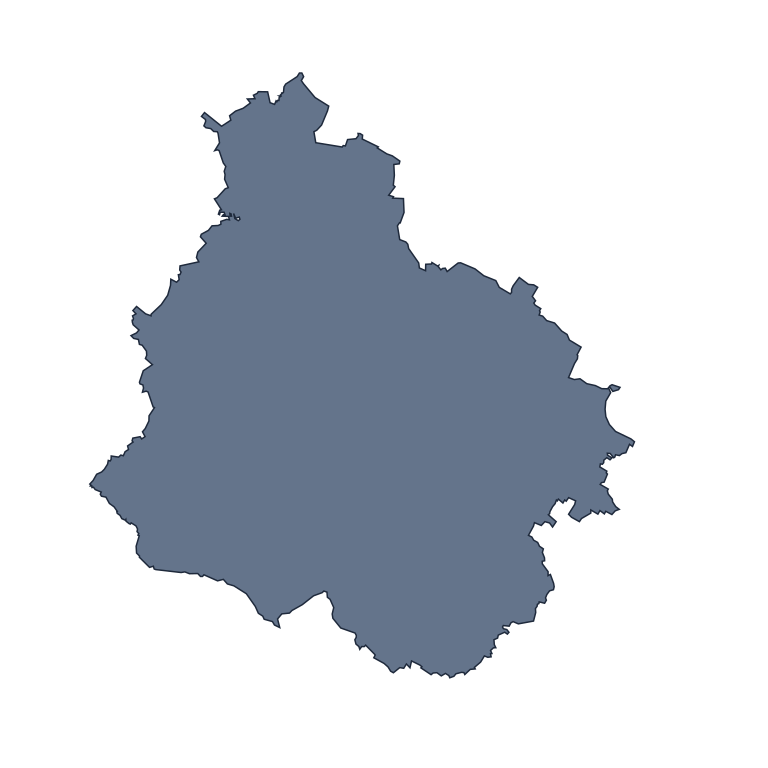 Ratoath Lea-7, Meath, Ireland (orthographic projection), rotated 17°
{"feature_id": "5873133B53714472852508", "entity_name": "Ratoath Lea-7", "entity_type": "district", "adm_level": 2, "iso_a3": "IRL", "parent_name": "Ireland", "parent_adm1": "Meath", "projection": "orthographic", "projection_center": [-6.561, 53.483], "detail": "fine", "context": "isolated", "style": "filled", "palette": "slate", "viewbox_px": 768, "rotation_deg": 17, "n_neighbors": 0, "source": "geoboundaries", "source_scale": "gbopen_adm2", "svg_char_len": 6172}
<svg xmlns="http://www.w3.org/2000/svg" viewBox="0 0 768 768"><g transform="rotate(17 384 384)"><path d="M200.8,135.0L201.4,136.1L200.5,137.8L201.3,138.6L199.6,139.2L200.8,139.5L200.0,140.7L200.6,143.6L199.3,143.9L199.0,145.4L198.0,144.8L197.6,148.6L192.8,148.3L187.3,138.6L178.3,141.2L177.8,143.1L174.7,146.0L177.2,148.9L170.0,151.4L174.1,154.3L168.7,161.5L162.3,166.4L157.9,172.6L160.4,176.5L153.3,185.0L133.0,176.9L131.2,181.5L136.0,183.3L136.7,185.2L136.3,189.8L138.8,191.0L143.6,190.4L147.3,192.3L150.8,191.5L152.0,192.8L156.2,201.5L153.9,210.3L156.1,208.8L158.1,209.0L165.7,219.6L169.1,222.2L169.0,227.3L170.8,230.3L171.7,234.8L177.7,241.8L175.1,243.7L169.9,254.7L167.7,256.5L177.6,264.9L176.1,265.8L176.0,270.0L177.2,270.2L177.1,267.6L180.9,266.5L182.6,268.8L180.9,269.0L180.2,270.8L186.3,269.2L188.2,272.2L185.5,272.5L180.4,276.2L181.3,278.9L179.1,280.9L173.3,283.0L171.2,288.4L165.5,294.2L165.4,296.9L172.8,301.4L167.4,312.2L167.7,317.9L171.2,321.3L154.4,330.7L155.3,334.7L157.2,336.3L156.9,339.0L155.4,339.6L157.6,344.1L155.9,347.3L149.5,346.1L151.0,352.1L151.2,362.4L147.8,373.2L140.9,385.4L141.3,386.9L135.5,386.6L124.7,382.2L122.4,387.2L126.3,389.4L123.6,392.4L125.2,394.5L125.4,396.0L124.5,396.6L125.3,398.5L126.8,400.7L133.9,404.0L132.4,407.5L127.9,411.7L131.3,413.6L136.1,413.2L138.5,417.6L141.4,417.6L147.2,422.0L148.7,425.9L148.4,429.4L156.9,433.2L149.9,441.7L149.6,453.8L150.6,455.2L153.7,455.4L155.2,458.1L155.4,462.5L158.6,460.4L160.7,460.6L169.9,473.4L171.4,473.7L168.6,483.1L170.0,488.1L168.7,496.4L167.0,500.3L170.9,504.2L168.3,507.4L166.2,505.7L159.6,509.2L159.7,512.0L161.0,512.9L156.9,518.2L158.8,521.3L156.2,524.4L155.7,528.8L153.1,528.9L151.6,531.5L144.2,532.6L145.1,536.0L144.6,537.7L142.7,537.7L143.1,541.5L141.5,547.3L139.7,550.7L135.6,554.3L134.0,561.4L131.9,565.7L133.1,566.2L133.0,567.4L134.3,566.8L135.0,568.4L136.4,567.7L138.7,569.4L145.2,570.0L144.9,572.3L146.6,573.9L151.2,573.5L156.3,578.5L161.8,580.4L166.2,583.8L165.8,584.2L166.7,585.7L170.0,586.8L172.6,589.4L176.4,589.9L176.7,589.0L177.4,590.6L181.2,592.1L182.4,592.1L182.8,590.7L188.3,592.2L190.7,594.7L191.0,597.4L193.2,598.7L192.9,600.5L194.3,600.7L194.4,611.6L196.8,618.0L200.5,620.0L200.7,621.2L213.4,627.9L216.7,625.7L218.3,628.1L220.0,628.2L245.1,623.6L248.5,621.9L253.4,622.3L261.3,619.7L264.8,621.7L266.7,621.1L267.6,619.1L282.4,620.9L287.5,617.8L292.7,621.0L299.4,620.9L313.7,624.8L326.0,634.4L330.9,640.0L335.9,641.4L338.2,644.0L346.8,643.8L349.7,646.5L355.5,647.4L350.9,639.8L353.5,633.7L360.6,630.7L362.2,627.5L370.4,618.9L378.6,607.1L385.9,601.6L387.0,599.6L390.3,599.7L392.2,604.5L395.4,605.7L401.3,612.5L401.7,619.1L403.6,623.0L414.0,630.0L429.1,630.6L431.0,632.5L431.5,634.4L430.9,637.1L433.2,640.9L436.7,642.4L438.4,644.8L439.4,641.6L441.9,640.9L442.8,639.1L454.2,645.3L454.8,645.8L454.3,648.8L465.8,651.2L470.6,653.4L474.3,656.7L477.4,657.4L482.0,650.6L486.0,650.1L487.3,645.2L491.8,647.8L491.3,640.8L500.5,642.3L502.9,643.3L502.3,644.7L514.0,648.2L515.5,646.0L519.0,644.6L524.1,646.4L527.4,642.8L531.3,643.9L532.8,645.7L536.3,643.1L537.5,640.1L542.4,637.1L544.8,636.6L546.2,638.2L549.9,631.7L554.5,629.8L553.3,628.6L557.7,621.7L559.5,614.7L563.1,615.0L566.2,613.6L564.7,610.8L566.0,610.2L563.8,607.7L565.8,604.3L568.0,603.5L565.7,601.0L563.9,596.4L566.9,593.8L566.7,590.7L572.0,586.1L575.1,587.1L576.1,584.9L573.2,582.9L569.8,583.1L568.4,581.8L568.7,580.1L574.5,579.0L575.2,575.3L576.9,573.5L582.6,574.1L596.3,567.0L595.9,558.2L594.5,554.5L595.4,551.8L595.1,549.8L596.3,548.7L596.1,547.0L601.7,546.7L602.5,543.3L601.0,541.3L601.3,537.7L602.8,533.4L606.2,531.2L606.0,528.1L604.5,525.1L598.8,517.5L596.9,519.3L595.8,515.5L588.0,509.7L587.1,507.3L589.3,506.1L588.3,503.3L584.7,498.8L584.6,495.1L580.1,493.7L577.3,490.6L572.8,489.6L570.1,487.1L566.4,486.5L568.5,476.2L568.4,472.6L575.8,473.3L578.1,468.6L583.0,468.5L587.0,471.5L588.9,465.3L579.4,461.0L580.3,459.5L580.0,457.6L581.1,452.0L582.6,448.5L582.8,444.6L583.9,445.1L584.4,443.1L589.9,445.5L590.7,442.1L592.5,442.8L593.8,438.7L601.4,439.7L601.6,443.5L598.6,454.6L602.3,456.6L611.1,458.5L612.2,454.9L619.5,447.0L618.6,444.0L626.6,445.9L627.5,441.9L632.7,443.8L633.3,440.9L640.1,442.2L642.2,437.7L645.6,435.1L641.4,433.5L637.1,429.9L636.0,427.4L630.6,423.7L628.8,420.8L629.2,418.9L620.1,416.8L620.8,414.7L623.2,413.5L624.0,404.8L622.5,404.0L622.6,402.2L614.6,400.2L614.3,397.1L616.3,396.9L617.1,395.0L616.5,392.6L618.6,389.3L622.3,390.4L623.6,388.0L618.6,386.7L617.8,384.9L620.6,384.3L625.3,387.4L626.1,386.4L626.1,384.0L630.1,383.6L631.9,381.0L635.4,379.0L636.4,369.9L639.9,371.1L640.4,366.0L636.2,364.3L619.3,361.7L611.4,356.9L605.7,350.4L602.8,343.5L601.1,335.5L603.3,326.0L599.8,322.1L600.6,320.7L605.0,324.2L609.9,320.9L610.7,318.2L602.3,318.0L600.7,319.6L599.2,323.2L593.6,324.8L586.6,323.7L577.8,324.4L569.9,321.7L564.7,324.1L558.6,323.9L560.2,308.7L561.6,303.4L561.0,300.2L560.1,299.6L561.7,291.1L548.5,287.8L544.6,283.1L538.5,281.4L529.3,275.8L521.0,275.8L515.9,272.7L512.2,272.7L512.3,269.5L511.3,268.5L511.9,266.1L505.5,264.4L503.6,262.8L504.6,260.1L500.2,256.9L502.7,246.6L498.2,245.4L493.0,246.5L482.2,242.6L478.8,252.3L478.3,256.1L479.2,259.1L478.4,260.9L466.0,257.9L460.7,252.4L447.8,251.3L437.4,247.3L421.9,245.7L419.5,246.6L411.5,258.0L408.7,255.3L406.2,256.4L405.0,258.2L401.7,256.0L401.7,254.5L400.8,255.5L394.3,253.8L394.4,255.3L388.9,257.3L390.6,263.5L383.9,262.7L381.8,258.1L368.0,247.3L365.9,243.4L363.4,241.8L356.8,241.3L350.6,228.8L351.7,225.2L352.4,225.2L353.0,214.1L348.4,201.0L338.0,203.7L338.3,202.1L333.3,202.1L336.9,192.1L334.8,191.2L332.9,181.4L329.2,171.2L334.2,169.0L334.0,166.2L325.3,163.4L319.3,163.1L308.5,160.2L309.2,158.9L291.6,156.1L290.8,152.3L288.0,151.5L285.9,152.0L286.9,153.9L285.5,157.6L277.7,160.9L277.5,167.6L275.3,167.9L274.7,169.6L248.2,173.2L243.2,163.2L245.5,161.0L248.6,154.6L250.1,139.4L249.9,134.4L234.3,130.2L219.4,120.5L216.2,118.0L217.3,113.6L214.5,110.6L212.2,111.3L211.1,115.4L202.3,125.9L201.5,129.1L202.6,134.5L201.6,135.9L200.8,135.0ZM190.3,264.9L193.6,268.8L196.8,266.7L198.1,268.6L196.9,270.4L193.0,269.4L190.3,264.9ZM186.7,265.9L188.0,266.0L189.1,268.1L187.8,268.5L186.7,265.9Z" fill="#64748b" stroke="#1e293b" stroke-width="1.5"/></g></svg>